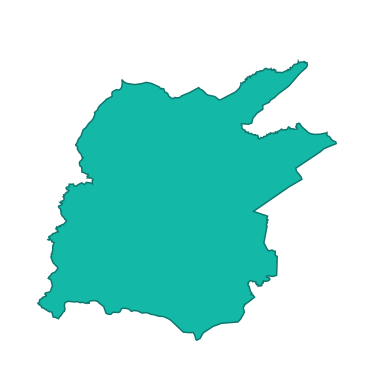 outline of Bolikhanh, Bolikhamxai, Laos, rotated 280°
{"feature_id": "54806243B38161899142036", "entity_name": "Bolikhanh", "entity_type": "district", "adm_level": 2, "iso_a3": "LAO", "parent_name": "Laos", "parent_adm1": "Bolikhamxai", "projection": "equal_earth", "projection_center": [103.824, 18.646], "detail": "fine", "context": "isolated", "style": "filled", "palette": "teal", "viewbox_px": 384, "rotation_deg": 280, "n_neighbors": 0, "source": "geoboundaries", "source_scale": "gbopen_adm2", "svg_char_len": 5882}
<svg xmlns="http://www.w3.org/2000/svg" viewBox="0 0 384 384"><g transform="rotate(280 192 192)"><path d="M51.8,66.0L49.4,71.9L49.4,74.8L44.7,77.1L44.8,79.4L44.0,82.6L45.4,82.8L47.0,84.1L50.8,85.7L52.5,87.1L55.0,87.2L58.2,85.9L60.7,86.2L61.4,86.7L62.9,89.1L63.3,95.3L64.2,98.3L63.6,101.2L64.3,102.6L64.0,107.9L64.9,108.4L64.4,109.3L64.6,110.0L66.1,109.8L67.2,110.9L68.2,115.3L67.9,118.2L66.8,119.3L63.9,124.9L57.7,128.4L57.1,130.6L57.4,133.3L59.8,135.0L60.6,140.4L61.6,141.9L64.8,142.8L65.8,144.9L65.9,149.1L65.6,150.5L63.9,153.0L65.1,155.1L65.5,158.8L64.1,163.9L65.4,168.3L64.4,173.2L64.6,176.0L63.9,180.4L64.4,185.6L63.1,190.8L62.0,193.4L52.5,207.8L53.0,213.9L53.9,217.7L50.6,220.1L48.0,221.1L47.1,221.9L46.9,222.5L49.3,225.5L54.1,227.0L55.6,227.9L63.3,236.1L67.8,243.8L72.0,259.8L75.2,261.9L82.8,264.5L86.4,262.7L87.9,262.7L89.0,263.4L90.4,263.0L90.9,264.4L91.7,264.6L92.5,265.8L99.3,271.9L101.2,269.8L101.3,268.0L102.7,268.6L104.4,266.7L108.9,264.7L110.4,263.0L111.7,263.5L112.7,263.0L115.1,265.3L114.8,266.6L114.2,267.2L114.6,268.5L114.4,270.7L113.1,270.8L112.0,271.7L112.6,272.4L112.5,272.8L110.8,273.4L110.7,274.1L111.7,274.9L111.4,276.2L112.3,277.0L114.2,276.7L114.8,277.9L117.0,277.7L116.7,279.6L117.6,282.1L118.4,283.2L119.5,283.8L120.2,283.6L121.0,282.7L121.0,280.6L121.4,280.0L122.0,280.0L122.8,281.5L122.8,286.0L124.4,289.5L124.9,289.8L143.4,287.1L143.9,285.5L144.9,284.7L148.1,284.3L147.9,282.5L148.7,281.6L148.6,280.5L147.4,278.0L147.7,276.9L154.3,271.6L170.0,271.8L170.8,271.4L171.3,271.9L173.0,270.7L174.6,271.5L175.1,271.5L175.3,270.8L176.9,270.9L176.9,271.5L177.8,271.5L177.7,270.9L178.1,270.4L181.3,270.6L183.6,255.9L214.5,287.2L223.5,298.0L226.1,296.6L230.8,291.1L233.5,290.1L253.9,311.4L257.6,314.4L264.7,325.6L266.3,324.9L266.9,322.3L267.8,320.4L270.5,317.6L270.7,316.2L271.3,315.1L273.9,314.6L273.1,313.8L273.1,313.0L271.2,308.4L270.0,302.7L270.0,299.5L270.3,297.5L271.0,295.8L275.5,288.6L278.2,286.1L278.3,285.3L277.3,283.5L276.7,283.2L276.1,283.6L274.1,282.9L273.6,284.3L272.6,284.7L271.9,284.0L271.6,282.1L271.9,280.2L271.2,277.3L272.5,277.2L272.8,275.7L270.0,274.7L268.8,270.7L269.5,269.1L268.6,268.7L266.2,265.6L265.6,265.2L265.2,265.8L264.7,265.6L265.6,264.5L265.7,263.7L264.4,263.5L264.2,262.5L263.8,262.6L263.8,258.9L262.6,259.0L262.6,257.5L261.4,256.8L261.6,255.8L260.1,255.7L258.9,252.8L258.2,252.8L257.4,251.9L257.6,250.2L255.9,249.3L256.5,247.6L257.2,247.8L258.9,247.1L259.2,246.2L258.7,244.8L259.4,244.4L258.9,242.8L259.9,240.1L259.5,237.9L259.7,237.2L260.7,237.1L260.2,234.9L260.8,234.6L260.7,234.0L262.0,233.6L262.2,232.0L263.5,230.1L266.1,229.6L266.8,228.8L267.8,228.9L268.6,235.9L270.2,238.8L275.3,239.2L281.0,242.4L285.8,247.4L289.7,246.6L293.8,252.5L296.1,253.3L299.4,256.9L303.2,259.6L313.2,269.0L327.5,277.5L334.5,283.0L337.0,283.6L339.4,282.7L338.8,281.0L339.9,280.5L340.0,279.7L339.2,278.9L339.0,277.1L337.9,274.9L339.1,274.0L336.9,274.1L335.7,271.9L335.4,270.6L333.3,269.3L331.5,268.8L331.4,268.2L331.8,267.6L331.3,267.0L329.5,267.4L329.1,266.1L329.7,264.8L328.7,265.6L327.8,263.8L325.3,260.3L324.6,254.2L325.0,253.3L326.5,253.3L326.3,252.2L327.2,251.4L326.7,250.6L326.1,250.8L325.6,249.4L327.1,248.5L326.5,248.3L326.4,246.9L325.8,246.3L326.6,244.0L326.3,242.6L325.9,242.6L325.5,241.8L324.9,241.7L323.4,240.2L323.2,238.1L322.3,237.2L321.4,234.7L320.3,234.1L319.0,234.4L318.5,231.8L317.8,231.7L317.6,231.2L316.2,230.3L316.2,228.9L314.9,229.5L315.2,227.9L314.8,226.6L313.2,226.6L313.0,225.7L312.2,226.4L311.9,225.0L310.4,225.3L309.2,224.7L309.4,223.6L307.6,222.5L307.7,221.2L306.3,221.7L302.3,220.5L298.2,217.6L287.5,203.7L287.7,202.0L289.3,199.3L290.0,197.4L290.2,190.9L290.5,189.7L293.8,185.1L295.1,181.3L296.0,180.5L289.7,172.6L284.8,165.0L283.0,163.6L282.0,160.6L282.1,158.5L281.0,157.7L280.5,156.5L282.1,152.7L284.1,151.4L285.3,150.0L286.0,147.6L288.7,146.3L288.8,144.4L288.0,143.8L289.9,141.1L291.9,133.1L292.0,127.9L289.8,123.2L287.8,116.8L287.6,109.2L288.5,106.0L290.1,103.8L289.3,103.7L287.3,104.5L283.0,104.5L281.4,103.9L280.1,102.9L279.8,102.2L279.6,99.5L276.8,96.2L274.8,96.0L272.4,96.8L268.1,91.2L266.9,90.7L261.1,86.2L258.9,85.1L256.1,84.5L253.4,82.2L251.9,82.9L247.6,82.1L244.7,80.8L241.4,78.3L236.9,76.3L234.4,74.0L227.6,72.9L224.8,71.2L219.0,69.8L218.5,69.2L217.6,69.6L216.5,71.6L214.5,71.6L213.2,72.6L211.0,74.5L210.8,75.4L209.8,76.3L207.6,77.4L206.9,78.9L205.9,78.0L204.9,78.1L202.4,76.2L200.4,76.1L198.1,77.3L197.4,79.0L192.4,80.2L192.6,81.3L192.1,82.2L192.2,83.0L191.3,84.9L191.4,86.8L190.9,87.0L189.2,86.1L188.9,86.8L187.7,86.5L188.2,87.8L187.8,88.7L188.6,89.8L187.3,92.2L186.8,92.5L186.0,91.9L184.7,92.0L182.7,92.6L183.3,90.8L183.2,86.4L181.0,85.0L180.7,84.4L181.9,81.9L179.4,78.5L177.5,76.9L177.7,74.8L179.3,73.6L178.7,72.3L178.4,69.7L176.0,69.9L175.4,69.2L174.9,67.6L174.1,67.3L172.5,68.5L172.7,69.8L171.8,70.5L170.7,70.0L170.3,69.1L168.7,67.6L167.1,67.1L166.9,66.1L165.3,66.8L164.9,66.0L163.8,67.0L162.1,67.4L160.4,65.8L160.2,64.8L159.3,64.6L158.8,65.5L158.7,64.0L157.3,65.9L156.2,65.7L155.4,63.5L154.6,63.1L153.5,63.5L152.4,65.5L150.4,66.1L150.0,66.8L148.4,66.6L145.9,68.4L144.3,70.6L142.9,71.5L142.7,73.0L141.8,73.5L137.6,71.0L137.5,70.0L136.8,69.6L136.6,68.8L135.9,68.6L135.6,67.3L134.8,67.9L134.2,66.3L134.2,64.8L132.9,64.5L132.7,64.8L133.1,65.2L132.4,65.4L131.8,64.6L131.0,66.2L129.5,67.1L128.9,65.3L127.7,64.3L126.9,62.2L125.5,61.5L123.1,58.8L122.7,58.8L121.4,60.2L120.1,58.4L119.8,58.9L120.3,60.7L120.0,62.2L118.8,62.4L118.8,63.5L118.2,63.9L118.0,65.2L114.7,64.2L110.4,65.0L108.3,64.6L107.6,65.0L106.3,64.2L104.3,64.9L103.5,64.3L98.2,67.5L94.4,72.8L93.7,73.3L89.6,71.3L87.4,68.1L84.8,67.0L83.2,65.6L82.6,65.9L81.9,65.5L81.3,67.7L80.5,68.6L75.8,70.6L74.2,70.8L72.7,70.2L70.0,70.0L68.6,68.9L67.5,65.9L66.7,64.9L65.9,64.9L64.9,66.6L64.3,66.6L62.1,63.0L60.4,62.1L59.7,60.9L57.4,60.6L56.7,61.1L55.7,59.5L54.6,60.6L53.8,63.1L52.1,64.0L51.8,66.0Z" fill="#14b8a6" stroke="#0f766e" stroke-width="1.5"/></g></svg>